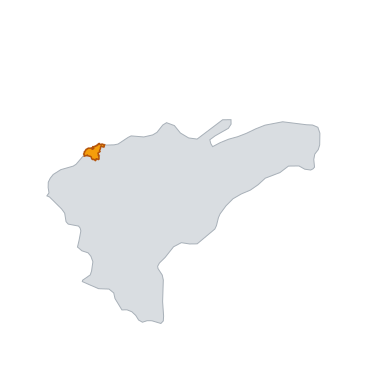 Luperon, Puerto Plata, Dominican Republic shown in context, rotated 327°
{"feature_id": "3306468B16106454484671", "entity_name": "Luperon", "entity_type": "district", "adm_level": 2, "iso_a3": "DOM", "parent_name": "Dominican Republic", "parent_adm1": "Puerto Plata", "projection": "mercator", "projection_center": [-70.936, 19.84], "detail": "fine", "context": "in_parent", "style": "filled", "palette": "amber", "viewbox_px": 384, "rotation_deg": 327, "n_neighbors": 0, "source": "geoboundaries", "source_scale": "gbopen_adm2", "svg_char_len": 4931}
<svg xmlns="http://www.w3.org/2000/svg" viewBox="0 0 384 384"><g transform="rotate(327 192 192)"><path d="M69.0,252.7L69.4,239.4L71.4,234.0L69.5,228.2L61.0,222.2L55.8,214.4L51.2,207.4L52.2,206.4L61.5,206.1L64.7,203.6L70.9,196.5L72.2,190.8L71.7,186.4L67.6,181.3L66.0,175.8L71.0,171.0L77.6,164.1L78.5,161.4L78.3,158.8L70.7,151.5L70.2,148.3L73.7,140.4L73.4,135.1L69.8,118.6L68.2,116.2L71.6,114.8L73.8,109.9L76.8,105.5L80.7,103.2L85.2,101.7L94.1,101.8L106.5,105.6L110.0,105.6L121.8,102.1L131.6,100.2L140.9,102.4L144.6,105.3L152.3,110.0L156.1,111.5L168.2,111.4L171.5,111.8L181.6,119.6L190.1,122.7L195.1,122.9L204.0,119.9L208.4,120.0L213.4,126.7L214.4,136.2L218.6,144.8L225.1,150.4L257.0,148.1L264.1,152.6L261.7,156.4L257.2,158.4L242.0,157.5L235.4,157.9L234.1,161.7L234.0,165.2L242.9,166.0L251.6,167.7L260.4,170.5L269.5,172.4L279.6,173.7L289.6,175.7L306.3,182.5L324.7,198.0L329.6,201.5L332.8,206.3L331.3,212.3L324.7,222.1L321.0,225.2L315.6,227.1L311.8,231.1L308.3,237.9L306.1,238.5L303.5,238.2L299.0,234.3L295.9,228.4L287.0,222.8L276.4,223.6L260.9,220.3L251.5,221.9L242.0,222.2L232.4,220.5L222.7,220.0L213.0,222.1L203.7,225.6L200.2,227.9L194.2,233.5L191.0,235.5L168.1,238.3L161.6,234.2L155.5,228.7L146.7,227.9L133.9,232.2L126.0,233.8L122.7,235.6L121.8,237.7L121.8,245.5L120.0,250.2L107.6,268.0L100.6,280.6L97.7,284.5L94.3,285.3L88.2,278.1L84.3,275.5L79.5,274.2L77.5,270.3L77.6,264.9L76.3,259.6L73.3,255.4L69.0,252.7Z" fill="#d9dde1" stroke="#a8b0b8" stroke-width="1"/><path d="M136.9,107.9L136.8,107.7L136.8,107.4L136.8,107.2L137.3,106.8L137.9,106.3L138.7,105.9L138.8,105.8L139.0,105.5L139.4,105.0L139.6,104.6L139.8,104.5L140.2,104.2L140.6,104.2L140.8,104.3L141.0,104.7L141.1,104.9L141.6,105.4L142.1,105.7L142.2,105.8L142.3,106.1L142.5,106.2L142.6,106.3L142.8,106.2L143.2,105.9L143.5,105.7L143.8,105.2L144.2,104.9L143.9,104.8L143.8,105.0L143.7,104.9L143.6,104.7L143.8,104.6L143.9,104.2L143.7,104.1L143.4,104.2L143.5,104.1L143.5,103.9L143.4,103.8L143.3,103.7L143.2,103.5L143.2,103.4L143.0,103.2L142.9,103.2L142.8,102.9L142.7,102.8L142.6,102.7L142.3,102.7L142.2,102.7L142.0,102.8L142.0,102.7L141.9,102.7L141.6,102.8L141.6,102.7L141.4,102.6L141.3,102.4L141.1,102.4L140.9,102.2L140.7,102.0L140.7,101.9L140.6,101.6L140.6,101.4L140.7,101.2L140.4,101.1L140.6,101.0L140.6,100.9L140.4,100.8L140.2,100.9L140.0,101.0L139.8,100.9L139.9,100.7L139.7,100.7L139.7,100.8L139.4,100.8L139.1,100.8L138.9,100.9L138.9,101.1L138.7,101.1L138.4,101.2L138.2,101.1L138.0,100.9L137.8,100.9L137.7,100.9L137.7,101.0L137.5,101.3L137.3,101.3L137.2,101.3L137.0,101.2L137.0,100.9L136.9,100.9L136.7,101.0L136.5,100.9L136.4,100.9L136.3,101.0L136.2,101.0L136.2,100.9L135.9,100.9L135.8,101.0L135.7,100.9L135.6,101.0L135.3,100.9L135.2,100.9L135.2,101.0L135.2,100.9L135.1,100.7L134.9,100.7L134.4,100.6L134.2,100.4L133.9,100.2L133.7,100.0L133.3,100.0L133.2,100.1L133.0,100.3L132.9,100.5L132.7,100.8L132.7,101.1L132.8,101.3L133.0,101.3L133.2,101.5L133.3,101.5L133.5,101.7L133.4,101.8L133.3,101.7L133.2,101.7L133.1,101.8L132.8,101.8L132.8,101.7L132.6,101.7L132.6,101.4L132.5,101.2L132.4,101.2L132.3,101.4L132.2,101.4L131.8,101.5L131.7,101.7L131.7,101.8L131.4,101.6L131.2,101.5L131.4,101.5L131.4,101.4L131.5,101.3L131.7,101.1L131.9,101.1L132.1,101.1L132.3,101.2L132.4,100.9L132.1,100.8L132.1,100.7L131.9,100.6L131.7,100.6L131.7,100.4L131.3,100.3L131.2,100.1L130.6,99.9L130.4,99.8L130.2,99.6L129.9,99.5L129.8,99.4L129.7,99.3L129.5,99.1L129.4,99.1L129.1,99.0L129.1,98.9L128.9,98.8L128.7,98.8L128.4,98.7L128.2,98.7L127.9,98.7L127.7,98.7L127.7,98.8L127.4,98.8L127.4,98.7L127.1,98.7L126.9,98.7L126.7,98.7L126.4,98.8L126.2,98.8L125.8,99.0L125.8,98.9L125.6,99.0L125.4,99.0L125.2,99.2L124.9,99.4L124.7,99.5L124.4,99.5L124.2,99.6L123.9,99.7L123.7,99.7L123.5,99.8L123.4,99.8L123.3,100.0L123.3,100.3L123.2,100.3L123.1,100.5L122.8,100.7L122.7,100.7L122.4,100.8L122.2,101.0L122.0,101.3L121.8,101.3L121.8,101.6L121.8,101.8L121.9,102.0L121.9,102.3L122.0,102.4L122.0,102.6L122.0,102.8L121.9,102.8L121.7,102.9L121.7,103.0L121.3,103.3L121.5,103.4L122.1,103.5L122.6,103.7L123.0,104.0L123.4,103.9L123.6,103.9L124.4,104.1L124.4,104.3L124.2,104.6L124.2,104.8L124.4,105.0L124.6,105.1L124.8,105.2L125.1,105.7L126.3,106.9L126.4,107.1L126.5,107.5L126.5,107.9L126.3,108.4L126.2,109.0L126.0,109.4L126.0,109.7L126.1,109.9L126.4,110.6L126.8,110.6L127.0,110.7L127.1,110.8L127.2,111.2L127.3,111.4L127.4,111.5L127.9,111.7L128.0,111.8L128.1,112.0L128.0,112.4L127.9,112.6L127.9,112.8L128.0,113.0L128.3,113.1L129.0,112.7L129.4,112.6L129.6,112.5L129.7,112.1L129.8,112.0L130.0,112.1L130.2,112.5L130.4,112.8L130.9,113.0L131.1,113.2L131.2,113.4L131.1,113.7L131.2,113.8L131.4,113.8L131.8,113.8L132.1,113.5L132.3,113.1L132.6,112.7L133.2,111.5L133.3,111.4L133.6,111.3L133.8,111.2L133.7,110.9L133.4,110.7L133.3,110.4L133.5,110.2L133.9,110.1L134.0,110.0L134.0,109.7L134.0,108.8L134.1,108.6L134.2,108.4L134.4,108.2L134.6,108.1L136.3,108.1L136.5,108.1L136.9,107.9Z" fill="#f59e0b" stroke="#b45309" stroke-width="1.5"/></g></svg>